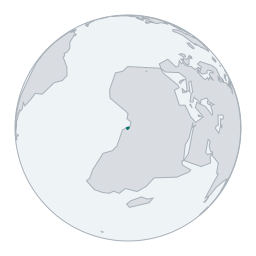 globe centered on Litoral, rotated 50°
{"feature_id": "GNQ-1470", "entity_name": "Litoral", "entity_type": "Province", "adm_level": 1, "iso_a3": "GNQ", "parent_name": "Equatorial Guinea", "parent_adm1": "", "projection": "orthographic", "projection_center": [9.856, 1.633], "detail": "fine", "context": "on_globe", "style": "filled", "palette": "teal", "viewbox_px": 256, "rotation_deg": 50, "n_neighbors": 0, "source": "natural_earth", "source_scale": "10m", "svg_char_len": 7435}
<svg xmlns="http://www.w3.org/2000/svg" viewBox="0 0 256 256"><g transform="rotate(50 128 128)"><circle cx="128" cy="128" r="113" fill="#eef3f6" stroke="#a8b0b8"/><path d="M88.9,22.4L87.0,23.1L84.2,24.2L83.7,24.4L88.9,22.4ZM63.8,35.5L63.7,35.5L60.7,37.7L57.4,40.2L59.6,38.7L62.9,36.2L66.0,34.2L69.7,31.7L71.5,30.7L75.7,28.3L76.2,28.3L74.4,29.7L71.0,31.8L70.1,32.7L74.3,30.6L68.7,34.8L66.6,38.6L65.1,39.9L60.4,42.1L58.0,41.9L51.9,46.2L57.0,43.3L53.0,47.3L52.8,48.0L53.7,47.9L55.7,46.4L54.5,47.9L49.1,51.0L50.0,49.7L51.7,48.6L50.6,48.7L46.9,51.5L45.1,53.6L41.4,56.6L40.1,58.3L38.5,60.1L40.8,57.1L36.6,62.7L32.1,69.0L37.3,61.3L43.1,54.0L49.4,47.3L56.4,41.1L63.8,35.5ZM30.3,71.9L26.1,80.0L26.8,78.5L30.3,71.9ZM16.9,109.6L16.9,109.2L16.8,111.3L17.9,106.6L19.2,104.2L18.0,110.7L19.6,104.8L19.7,108.0L22.9,108.1L22.3,109.5L24.9,117.5L29.6,121.3L30.7,126.2L29.9,129.1L32.0,130.1L32.0,132.1L42.0,135.7L48.6,141.0L49.4,147.8L45.8,155.5L47.0,171.9L41.8,176.9L43.5,183.5L44.7,192.8L41.2,191.8L45.3,196.6L45.9,199.3L44.5,199.4L46.9,202.6L46.0,202.6L48.5,204.8L51.1,208.9L55.1,212.4L58.0,215.6L60.7,217.6L60.3,217.4L60.9,218.1L62.4,219.2L59.3,217.2L53.9,212.7L51.5,210.5L50.9,210.0L45.5,204.2L46.3,205.3L38.8,196.3L34.0,188.8L23.6,166.6L21.7,162.1L19.3,156.7L16.6,144.4L15.5,134.5L15.5,133.2L15.4,132.4L15.4,128.1L15.8,120.6L16.6,111.8L16.7,110.6L16.4,112.5L16.9,109.6ZM24.4,83.9L22.9,89.3L22.1,89.9L22.6,88.9L23.3,86.6L23.8,85.2L24.4,83.9ZM27.3,77.7L27.5,77.3L27.3,77.7ZM75.1,28.6L75.4,28.5L74.5,28.9L75.1,28.6ZM76.7,27.7L76.8,27.7L76.7,27.7L75.5,28.4L76.7,27.7ZM80.5,25.9L78.1,27.0L77.5,27.3L80.5,25.9ZM94.8,20.5L94.7,20.4L96.4,19.9L94.8,20.5ZM100.3,18.8L100.2,18.9L98.7,19.3L98.9,19.2L100.3,18.8ZM110.1,16.8L107.3,17.3L106.3,17.5L110.1,16.8ZM65.8,221.3L60.3,217.9L62.7,219.5L61.0,217.9L65.2,220.4L65.8,221.3ZM62.2,217.2L62.2,216.4L63.2,216.9L63.4,217.7L62.2,217.2ZM237.6,102.1L237.6,101.9L239.2,110.0L239.4,111.6L239.9,115.2L239.6,112.8L238.4,105.7L235.6,95.4L235.7,97.2L234.5,93.1L230.7,84.9L230.2,87.4L230.1,98.2L232.1,108.8L231.2,113.6L225.1,98.4L221.3,88.4L219.7,89.3L212.8,81.3L202.9,81.1L200.9,78.6L199.1,79.8L194.2,77.5L190.9,73.6L188.2,73.9L196.8,84.3L199.6,84.1L201.2,79.9L203.1,83.8L207.8,87.2L204.6,96.8L188.9,106.0L186.4,98.1L169.7,77.6L169.6,75.3L169.5,75.1L169.3,74.6L168.7,78.3L165.5,74.5L175.4,88.5L177.5,94.8L188.7,106.5L187.8,107.7L191.2,110.2L200.6,106.9L200.9,109.6L197.0,122.2L183.0,140.0L184.4,151.7L182.5,161.9L172.7,168.8L172.4,176.7L167.2,179.5L166.1,184.0L161.3,188.8L153.6,193.4L141.8,193.8L141.9,189.8L137.4,182.1L131.4,163.4L135.3,154.6L134.6,147.9L125.9,133.4L127.9,125.2L125.3,121.8L120.2,122.8L117.2,118.9L114.0,118.9L93.6,122.5L86.9,117.5L77.7,102.1L81.1,95.7L80.8,88.7L103.1,64.7L108.8,65.7L127.5,62.2L130.0,63.0L128.8,68.1L143.6,74.0L147.2,69.6L159.6,72.8L167.2,72.6L168.0,63.1L155.6,63.2L152.4,58.8L161.6,54.8L172.3,55.4L171.4,53.7L163.8,50.1L165.4,47.2L161.0,48.6L163.4,50.3L160.8,51.4L158.4,50.0L159.1,48.9L155.6,48.3L153.4,54.1L155.6,56.3L147.0,57.6L149.9,61.7L147.8,63.7L142.3,57.7L142.1,55.4L132.5,49.6L131.9,52.0L140.9,57.8L138.5,57.4L137.7,61.2L136.4,58.0L126.6,51.6L118.3,53.4L109.2,63.3L104.0,64.4L99.0,62.9L100.9,53.4L112.2,52.0L113.0,49.2L109.4,45.5L113.2,45.6L113.1,44.1L117.3,43.6L121.9,39.9L126.0,39.4L126.6,35.2L128.8,34.5L127.8,37.1L129.3,38.8L139.2,38.3L140.7,37.4L140.3,34.8L143.1,35.2L141.5,32.9L146.6,32.0L139.0,31.3L138.3,28.9L140.7,27.2L139.1,26.4L135.2,29.4L134.8,30.7L136.7,32.0L134.6,36.3L131.4,37.2L128.5,32.6L123.7,33.6L123.5,30.1L134.3,23.4L139.4,22.4L150.4,25.1L149.9,26.3L145.7,25.8L150.7,28.2L149.7,27.0L152.0,27.6L152.0,25.8L153.6,26.2L150.8,24.2L152.8,24.4L154.5,25.6L156.2,23.8L160.0,24.2L159.6,23.6L158.0,23.0L163.9,24.2L163.3,23.8L161.2,23.2L158.7,22.1L156.5,20.8L158.6,21.2L159.7,21.8L165.2,23.8L167.7,25.5L168.4,25.6L166.7,24.3L160.0,21.7L158.1,20.8L161.4,21.9L160.0,21.4L159.7,21.1L161.5,21.4L157.9,20.3L151.9,17.9L152.6,18.1L160.2,20.1L167.7,22.6L175.0,25.6L182.0,29.1L188.8,33.2L195.2,37.6L201.4,42.5L207.2,47.9L212.6,53.6L217.6,59.7L222.1,66.1L226.2,72.8L229.8,79.8L232.9,87.0L235.5,94.5L237.6,102.1ZM96.6,76.4L96.3,78.4L96.6,76.4ZM184.6,61.3L190.4,61.8L186.2,56.1L188.0,55.9L185.9,54.2L185.8,55.7L180.4,51.1L182.3,49.7L180.7,47.5L178.7,47.2L176.1,50.8L183.9,57.1L183.2,59.4L184.6,61.3ZM23.0,108.0L23.3,109.3L22.6,109.3L23.0,108.0ZM21.2,92.5L21.3,92.6L21.1,93.6L20.8,93.9L21.2,92.5ZM23.9,92.9L24.4,93.5L23.6,94.0L23.9,92.9ZM22.9,90.0L23.5,92.7L21.9,94.4L21.6,92.9L22.3,92.4L22.9,90.0ZM25.6,81.3L25.5,81.7L25.0,82.8L25.6,81.3ZM27.4,77.8L27.8,76.9L27.4,77.8ZM53.3,47.1L53.7,46.9L54.2,47.1L53.2,47.7L53.3,47.1ZM61.1,44.6L59.2,47.1L59.9,45.6L58.1,46.7L57.4,45.2L64.3,40.5L61.3,42.8L61.1,44.6ZM58.3,42.4L58.0,43.6L58.1,42.5L58.3,42.4ZM108.7,37.4L110.5,38.1L109.5,39.7L104.4,41.4L105.8,38.8L108.7,37.4ZM113.3,38.8L111.8,34.4L115.0,33.5L113.5,34.7L115.7,34.5L113.8,36.4L118.3,40.3L117.7,42.1L108.6,43.5L111.9,41.9L109.9,41.2L113.3,38.8ZM102.5,27.6L101.9,26.5L109.4,25.9L109.1,27.1L104.0,28.5L101.3,28.0L102.5,27.6ZM85.0,24.1L84.2,24.3L85.1,24.0L86.4,23.5L85.0,24.1ZM94.6,20.4L96.5,19.9L93.3,20.9L94.6,20.5L89.0,23.0L87.9,23.3L86.0,24.9L82.3,26.3L83.7,25.2L79.4,27.7L79.1,27.3L76.6,29.0L80.0,26.4L79.7,26.4L81.5,25.7L84.9,24.3L86.2,23.7L89.8,22.1L90.3,21.9L94.6,20.4ZM120.7,16.7L117.8,16.8L121.6,17.2L118.4,17.5L119.1,17.6L117.2,18.1L116.0,18.9L114.4,19.1L114.6,19.4L113.3,19.9L113.1,20.4L110.2,20.9L109.7,21.6L108.6,21.5L108.5,22.7L107.2,22.1L105.5,22.9L107.6,23.0L92.3,26.4L86.9,28.9L83.0,31.4L81.4,30.5L84.0,27.8L88.8,24.8L94.3,22.8L92.6,22.9L94.7,22.1L95.1,22.3L95.7,21.5L97.6,21.0L101.8,19.3L101.4,18.9L103.0,18.4L104.1,18.3L104.8,17.9L107.9,17.5L109.1,17.2L113.3,16.6L114.7,16.9L115.9,16.6L119.2,16.3L120.7,16.7ZM104.5,17.8L103.8,18.0L105.5,17.6L107.3,17.3L109.1,17.0L109.3,16.9L112.4,16.4L114.8,16.2L114.3,16.5L107.2,17.4L105.7,17.7L101.1,18.7L101.7,18.5L104.5,17.8ZM132.2,61.0L134.0,61.1L136.7,60.8L136.3,63.4L132.2,61.0ZM125.5,56.6L127.0,56.2L127.7,59.4L125.8,59.4L125.5,56.6ZM127.3,53.5L127.1,56.0L126.1,54.7L127.3,53.5ZM129.2,36.7L130.8,36.3L131.1,36.9L130.5,37.8L129.2,36.7ZM131.2,19.1L129.7,18.8L130.0,18.7L128.2,17.8L130.4,17.6L132.4,18.1L131.2,19.1ZM166.3,64.7L164.4,66.5L163.1,65.7L164.0,65.2L166.3,64.7ZM149.9,64.8L153.9,65.9L149.7,65.5L149.9,64.8ZM133.4,18.8L132.4,18.4L134.1,18.6L133.4,18.8ZM131.9,17.5L133.9,17.6L130.5,17.5L131.9,17.5ZM191.9,213.6L191.3,214.9L190.3,215.0L191.9,213.6ZM198.8,159.9L189.8,177.8L185.4,178.0L185.5,172.8L189.4,162.0L194.9,158.8L197.8,153.9L198.8,159.9ZM240.6,129.3L239.8,117.5L240.1,117.8L240.5,121.6L240.6,129.3ZM232.5,109.9L234.3,116.3L233.6,117.4L232.5,109.9ZM150.8,19.0L150.9,20.2L152.4,21.4L155.5,22.4L151.1,21.6L148.8,19.8L150.8,19.0ZM151.6,17.9L148.8,17.3L149.9,17.5L150.7,17.7L151.6,17.9ZM149.9,17.6L146.7,17.1L145.1,16.7L148.0,17.2L149.9,17.6ZM140.1,17.3L140.0,17.6L138.6,17.4L140.1,17.3Z" fill="#d9dde1" stroke="#a8b0b8" stroke-width="1"/><path d="M127.9,126.6L127.9,126.8L128.0,126.8L128.3,127.0L128.5,127.0L128.6,127.3L128.5,127.6L128.4,127.8L128.3,128.0L128.2,128.0L128.3,128.2L128.5,128.2L128.5,128.3L128.5,128.5L128.6,128.8L128.8,128.9L128.8,129.0L128.7,129.1L128.4,129.1L128.2,129.3L127.9,129.2L128.0,129.1L127.9,129.1L127.7,129.1L127.4,129.1L127.2,129.0L127.0,128.9L127.1,128.7L127.2,128.4L127.3,128.4L127.4,128.2L127.5,128.2L127.8,128.1L127.7,128.1L127.5,127.9L127.7,127.7L127.8,127.7L127.9,127.4L127.8,127.2L127.9,126.8L127.9,126.7L127.9,126.6Z" fill="#14b8a6" stroke="#0f766e" stroke-width="1.5"/></g></svg>